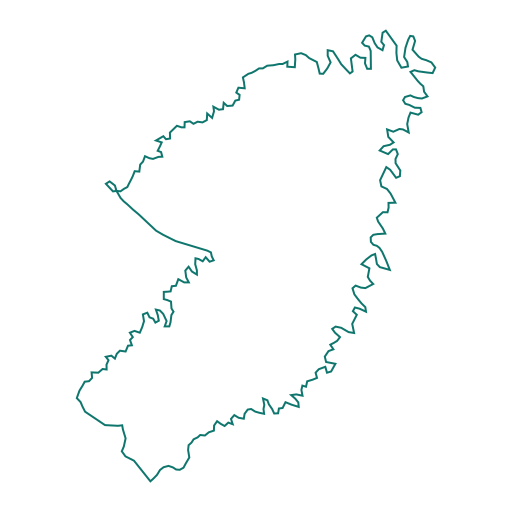 Iretama, Paraná, Brazil
{"feature_id": "56859067B93309478816761", "entity_name": "Iretama", "entity_type": "district", "adm_level": 2, "iso_a3": "BRA", "parent_name": "Brazil", "parent_adm1": "Paraná", "projection": "equal_earth", "projection_center": [-52.101, -24.358], "detail": "fine", "context": "isolated", "style": "outline", "palette": "teal", "viewbox_px": 512, "rotation_deg": 0, "n_neighbors": 0, "source": "geoboundaries", "source_scale": "gbopen_adm2", "svg_char_len": 4764}
<svg xmlns="http://www.w3.org/2000/svg" viewBox="0 0 512 512"><path d="M287.5,61.6L282.6,64.0L279.1,64.0L273.5,65.2L267.2,65.7L262.8,68.4L259.1,68.4L255.3,70.9L251.7,72.8L248.4,73.8L242.9,77.4L244.0,82.5L244.7,88.3L238.4,87.7L236.3,92.6L239.6,94.9L239.1,99.7L235.3,100.6L232.6,105.6L227.2,106.0L223.7,102.8L223.0,109.2L218.9,109.7L213.4,106.7L214.0,111.3L212.1,117.9L207.2,113.5L206.8,120.1L202.5,122.4L197.6,121.7L193.5,123.8L189.8,121.3L184.7,122.1L184.5,127.3L181.4,127.3L176.9,125.8L169.9,132.6L170.1,138.5L166.0,139.2L163.3,136.2L156.0,140.5L161.7,142.4L160.1,146.0L157.7,150.8L161.1,152.1L162.3,156.7L158.4,156.9L153.0,158.9L149.4,158.2L145.0,156.2L143.0,161.6L140.2,164.6L139.3,171.6L134.7,171.2L132.8,176.1L131.0,179.8L129.1,183.4L127.3,187.1L124.2,188.7L120.5,191.3L116.5,190.9L120.6,198.0L123.7,201.3L127.3,204.3L133.0,209.6L138.4,214.1L156.1,230.7L163.3,234.9L175.7,241.1L207.2,250.6L210.9,252.4L211.8,256.5L213.7,260.3L209.6,261.7L205.7,257.2L202.7,261.3L198.6,259.0L195.5,258.3L195.2,264.2L196.9,270.4L196.9,274.6L191.9,271.5L188.6,266.7L185.3,270.6L186.2,277.4L188.8,282.4L184.2,282.4L178.3,279.2L175.9,285.8L171.8,286.2L170.6,291.4L167.4,291.7L163.8,291.9L163.8,299.1L167.1,300.0L171.0,301.6L171.5,308.5L173.5,311.7L171.4,315.0L170.5,322.3L169.3,326.4L164.7,326.4L166.6,321.1L163.2,313.9L159.9,310.5L155.9,309.6L157.8,315.2L158.8,320.7L155.4,322.6L153.2,318.7L149.5,317.3L147.3,312.7L142.9,314.4L144.0,321.2L142.2,327.1L139.8,332.7L134.5,330.9L129.9,332.7L132.8,337.1L130.0,340.0L131.9,345.3L128.0,345.7L125.6,351.5L119.9,350.7L116.8,353.8L114.9,358.6L111.4,355.7L105.8,356.8L108.5,360.2L106.5,364.7L106.6,369.5L102.6,369.0L98.3,372.7L91.6,372.4L92.1,377.9L89.0,381.2L84.7,381.7L82.6,385.6L79.5,390.6L76.8,398.1L80.6,402.1L82.4,406.4L85.1,411.7L105.0,425.1L118.0,425.8L122.2,425.3L122.9,429.4L124.1,433.4L125.6,438.4L123.8,446.6L121.8,451.3L125.5,456.4L134.0,460.7L150.4,481.3L153.6,478.4L157.0,474.9L160.0,470.0L163.6,467.2L168.5,465.9L172.9,467.4L176.1,469.5L179.7,469.8L183.5,467.7L185.8,463.4L189.3,457.5L188.1,450.0L188.6,445.2L191.5,442.6L193.6,439.3L197.6,437.4L200.2,435.0L204.9,435.5L208.8,432.3L213.9,430.6L214.1,425.5L217.1,421.2L220.8,423.9L224.6,426.0L228.3,422.6L232.7,424.2L231.0,418.9L234.3,415.1L238.7,417.8L243.8,418.7L244.6,413.8L247.7,409.6L251.1,409.0L255.2,411.6L259.4,412.8L264.1,413.8L263.5,409.0L264.3,404.9L263.0,398.5L267.4,400.3L268.9,404.4L272.1,409.0L274.2,413.5L278.1,413.3L278.9,408.5L282.6,408.0L285.5,402.2L291.6,404.7L298.7,406.9L298.3,402.4L295.3,398.7L291.2,395.1L296.3,394.4L302.5,395.7L301.4,389.9L302.4,385.6L306.0,386.7L307.2,381.3L312.6,379.7L317.0,377.9L315.6,372.7L318.8,369.2L325.3,366.8L327.0,372.7L331.1,371.5L335.4,363.8L326.1,362.0L324.8,356.6L328.5,351.1L333.4,349.3L330.3,344.7L333.8,342.9L337.1,340.9L340.0,337.1L335.0,332.7L332.2,328.9L335.6,326.6L341.2,327.8L348.6,332.1L354.1,333.0L352.2,323.9L356.8,314.8L352.9,311.2L354.9,307.5L359.6,308.7L366.0,311.7L365.3,307.1L361.6,303.5L358.2,299.4L354.4,294.4L352.5,288.3L355.6,285.6L360.9,287.6L365.4,288.1L373.2,284.0L370.0,280.6L367.8,276.9L369.4,268.3L361.5,264.2L366.3,259.4L371.5,255.4L375.1,254.0L376.0,258.7L376.9,264.0L379.8,267.1L389.8,269.9L386.3,261.0L382.2,251.9L379.5,247.9L376.8,245.8L373.4,244.8L370.9,241.9L370.7,237.4L373.3,234.8L377.5,234.1L385.3,233.6L382.9,228.6L378.1,221.5L376.8,217.7L382.9,212.2L387.5,212.3L388.6,207.7L388.5,202.9L395.4,202.7L390.6,193.6L387.0,189.0L381.4,186.4L380.1,180.2L386.3,167.1L390.2,169.8L396.1,177.8L399.9,176.2L400.3,170.5L395.6,163.2L395.5,159.0L397.8,154.1L396.0,149.4L392.9,149.4L388.1,154.1L379.7,150.5L383.6,146.2L389.9,144.8L393.6,142.4L388.3,136.9L387.1,129.4L393.3,131.7L399.4,129.0L402.9,129.4L408.7,132.5L407.2,124.1L408.5,117.6L410.5,112.6L418.2,114.7L421.6,112.2L420.4,107.9L414.8,107.7L409.2,104.9L405.3,103.8L403.1,100.2L405.0,97.0L410.4,95.4L413.8,97.0L417.9,98.1L421.9,98.5L427.5,96.4L424.1,91.7L423.3,86.3L420.4,83.8L417.7,80.9L410.5,71.9L414.4,70.2L418.2,71.3L427.0,72.5L432.6,73.1L435.2,67.6L431.4,62.4L426.3,60.2L421.6,58.8L418.7,56.7L412.5,49.7L415.1,40.9L413.3,36.4L410.2,35.9L408.2,39.7L405.5,47.7L404.1,57.0L407.3,62.0L408.0,66.5L401.4,67.7L397.2,60.4L396.4,52.9L396.6,45.7L385.8,30.7L382.6,32.7L381.3,41.8L384.0,45.1L382.5,50.2L377.5,47.4L374.7,43.2L372.3,37.3L369.2,35.4L366.0,36.4L362.1,42.8L364.7,45.6L368.9,46.6L370.7,50.9L370.9,68.8L367.2,68.8L365.0,63.4L365.4,57.9L360.4,57.7L355.5,54.8L350.9,58.4L352.6,71.5L349.9,73.4L346.8,70.2L341.2,64.2L338.2,59.3L333.0,51.3L327.7,50.2L327.7,55.8L330.6,62.4L327.3,68.4L323.2,73.8L319.7,73.6L318.6,68.8L316.8,62.0L309.2,58.1L305.8,55.1L301.1,53.2L295.0,54.5L295.3,59.2L294.8,67.2L287.3,66.7L287.5,61.6ZM116.5,190.9L114.9,185.5L109.6,181.4L105.9,183.8L113.0,191.4L116.5,190.9Z" fill="none" stroke="#0f766e" stroke-width="2"/></svg>